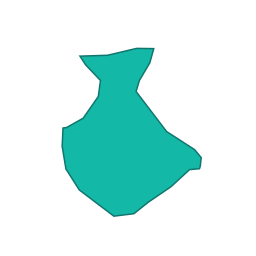 Poole, Albers equal-area conic projection, rotated 217°
{"feature_id": "GBR-2052", "entity_name": "Poole", "entity_type": "Unitary Authority", "adm_level": 1, "iso_a3": "GBR", "parent_name": "United Kingdom", "parent_adm1": "", "projection": "albers", "projection_center": [-1.96, 50.73], "detail": "fine", "context": "isolated", "style": "filled", "palette": "teal", "viewbox_px": 256, "rotation_deg": 217, "n_neighbors": 0, "source": "natural_earth", "source_scale": "10m", "svg_char_len": 488}
<svg xmlns="http://www.w3.org/2000/svg" viewBox="0 0 256 256"><g transform="rotate(217 128 128)"><path d="M209.6,156.5L188.2,173.7L169.0,196.8L155.2,206.9L149.8,193.2L147.5,172.8L143.5,162.0L95.0,148.4L61.9,150.8L51.7,148.4L47.3,141.0L46.4,138.5L53.8,131.8L58.3,107.1L67.2,80.8L71.7,63.1L86.2,49.1L102.9,49.1L129.6,49.2L152.9,57.9L169.6,73.8L179.9,88.9L177.4,91.3L169.7,108.9L170.7,135.3L178.6,149.4L199.7,152.9L209.6,156.5Z" fill="#14b8a6" stroke="#0f766e" stroke-width="1.5"/></g></svg>